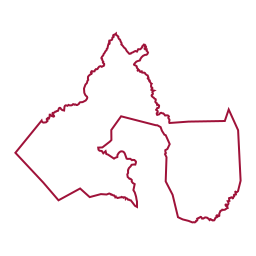 San Juan Cieneguilla, Oaxaca, Mexico
{"feature_id": "50627088B28176003338085", "entity_name": "San Juan Cieneguilla", "entity_type": "district", "adm_level": 2, "iso_a3": "MEX", "parent_name": "Mexico", "parent_adm1": "Oaxaca", "projection": "orthographic", "projection_center": [-98.27, 17.875], "detail": "fine", "context": "isolated", "style": "outline", "palette": "rose", "viewbox_px": 256, "rotation_deg": 0, "n_neighbors": 0, "source": "geoboundaries", "source_scale": "gbopen_adm2", "svg_char_len": 5837}
<svg xmlns="http://www.w3.org/2000/svg" viewBox="0 0 256 256"><path d="M137.0,206.9L137.0,201.6L136.5,199.4L136.1,196.8L134.8,192.5L133.4,190.1L134.7,184.1L132.8,183.0L131.7,181.5L131.8,180.0L130.5,178.8L129.5,178.8L128.7,177.9L127.7,177.0L127.3,174.4L128.1,172.9L128.0,170.1L128.4,169.7L128.5,168.9L129.0,168.0L130.6,166.4L131.6,164.8L133.5,164.5L135.3,164.6L135.9,162.7L135.9,161.5L134.4,160.0L132.7,159.9L132.0,160.2L130.3,158.8L127.3,158.9L126.6,158.6L124.7,153.3L123.5,151.8L121.9,151.3L120.5,151.5L119.5,152.2L118.7,153.0L117.5,154.9L117.3,157.1L115.4,157.7L114.0,158.6L108.0,154.6L106.3,154.0L105.6,151.2L103.3,153.3L101.8,151.0L99.5,150.7L98.5,149.7L98.2,147.6L102.4,147.4L110.0,141.5L111.4,140.0L111.3,130.0L121.1,116.3L155.7,125.2L157.4,125.3L160.6,127.1L161.9,130.7L164.4,134.7L165.7,135.2L169.7,144.1L167.4,149.0L165.3,150.2L165.4,152.1L165.9,153.0L165.0,154.1L166.5,157.2L165.7,181.4L172.6,194.8L178.0,217.2L182.7,219.4L188.6,220.9L192.4,222.4L193.9,222.2L194.8,222.4L195.9,221.6L196.1,220.9L196.6,220.9L197.3,220.2L197.5,219.6L197.1,218.8L197.3,218.6L197.6,218.6L198.5,217.9L199.3,217.8L200.5,216.9L201.0,217.0L201.1,217.3L201.7,217.7L202.1,218.6L203.5,218.5L204.0,218.0L204.6,217.8L205.1,217.4L206.8,217.6L207.3,217.8L207.6,218.3L208.4,218.5L209.5,220.0L210.4,219.1L210.7,219.2L210.7,219.7L212.5,220.1L212.6,220.4L214.0,220.4L214.4,220.1L215.5,217.8L217.1,217.1L217.7,216.6L217.5,216.1L216.5,216.3L216.4,215.9L216.7,215.4L217.4,215.3L218.1,215.8L219.1,216.0L219.3,215.8L219.3,213.5L219.9,212.3L220.3,211.1L220.6,210.8L221.7,210.5L222.2,209.7L223.5,209.9L224.9,209.7L227.0,208.2L227.6,208.1L227.3,206.2L227.0,206.4L226.3,206.2L225.7,205.6L225.5,204.8L225.7,204.5L226.2,204.5L226.6,205.4L227.2,205.6L228.3,204.1L228.5,203.1L228.3,202.3L227.7,201.2L229.4,200.9L229.0,198.2L229.3,198.0L230.5,197.9L230.9,197.5L231.4,197.3L231.9,197.4L232.6,198.3L233.0,198.2L233.3,197.2L234.2,196.3L234.3,195.9L233.9,195.3L233.9,195.0L234.2,194.7L235.9,194.4L235.3,191.8L235.4,191.7L236.4,192.3L236.7,192.3L238.0,191.2L240.6,180.7L238.1,130.2L228.7,109.5L224.8,121.0L188.6,121.6L169.5,123.0L169.2,122.2L169.3,120.7L169.5,120.0L169.3,119.4L168.5,118.4L168.3,117.7L168.9,116.4L168.0,115.5L167.0,115.3L165.3,115.5L164.9,115.4L164.5,114.6L163.3,113.4L162.5,113.4L161.2,112.8L160.4,113.0L159.2,114.3L157.2,114.9L156.9,114.5L156.7,113.3L157.8,112.0L157.4,110.7L156.3,110.1L156.2,109.6L156.7,109.3L157.1,108.2L157.4,108.0L158.5,107.9L159.0,106.8L159.1,105.7L159.0,105.4L158.2,104.7L157.2,105.1L157.0,104.7L156.9,103.3L156.0,102.8L155.3,101.8L155.8,99.9L155.6,99.2L154.3,98.5L153.8,97.7L153.0,97.3L151.8,96.2L151.6,95.3L151.9,94.8L152.5,94.6L152.8,94.0L152.9,93.2L152.3,92.3L152.5,91.4L154.0,90.6L151.4,89.9L151.5,89.1L152.3,88.4L152.4,88.1L152.3,87.8L151.1,86.8L151.1,84.8L151.6,83.8L151.2,83.7L150.4,82.4L149.6,81.5L149.4,81.2L149.8,80.8L149.7,80.4L148.9,80.0L148.6,78.8L147.9,78.7L147.7,78.4L147.8,78.1L148.4,77.5L147.7,75.5L147.2,75.3L145.5,74.1L145.1,73.2L144.4,72.7L142.2,72.6L141.7,71.3L141.4,71.4L140.5,71.9L140.3,71.9L139.8,71.5L139.3,70.2L138.9,70.2L137.7,70.6L137.6,70.4L138.0,69.5L138.0,69.0L136.8,67.7L136.8,66.8L136.7,66.3L135.9,65.7L134.2,64.9L134.0,64.4L134.5,63.6L136.4,61.6L138.2,60.9L139.8,60.5L140.2,59.8L140.2,59.3L141.5,57.3L143.1,55.8L145.0,54.9L146.3,54.8L146.9,54.5L147.5,53.8L148.0,52.6L147.2,51.2L146.7,50.9L146.7,49.3L145.3,49.4L144.6,48.8L144.6,48.5L145.9,47.5L146.1,47.0L146.0,46.7L145.0,46.4L145.3,45.3L145.0,45.0L144.5,45.6L143.8,44.7L142.2,46.4L142.3,47.1L140.6,49.0L140.1,49.3L138.2,49.2L137.0,51.6L135.4,51.0L134.5,51.4L132.8,52.4L131.7,52.8L131.2,53.0L130.8,53.6L129.3,53.8L126.8,51.1L125.4,48.6L124.1,47.6L122.6,45.6L121.4,44.5L121.7,44.0L121.5,43.6L121.4,42.7L120.6,41.5L120.3,40.3L119.9,39.5L119.3,39.3L118.5,38.1L118.2,37.2L118.3,36.6L117.0,35.4L116.4,35.2L115.9,34.4L115.9,33.6L114.5,34.7L113.5,34.9L113.3,35.2L113.2,35.6L113.5,35.8L113.7,36.7L113.5,37.1L112.9,37.2L112.4,37.6L112.2,39.3L111.9,39.8L110.5,40.4L109.3,40.6L109.1,41.3L109.6,42.0L109.7,42.5L109.6,43.7L109.4,43.9L108.7,43.5L108.1,45.2L107.4,48.5L106.8,48.8L106.5,50.2L105.4,51.3L104.4,53.2L103.7,53.9L103.2,55.4L102.1,56.6L101.4,57.9L101.5,58.6L102.1,58.9L102.4,60.5L103.3,61.8L102.9,62.5L103.4,63.3L104.1,63.7L104.2,64.9L103.9,65.2L103.7,65.9L102.2,66.4L101.8,66.8L100.9,66.3L100.3,66.2L99.1,66.7L98.2,67.8L97.5,69.0L96.7,69.3L96.0,69.1L95.0,70.1L94.5,71.3L92.4,71.5L91.9,71.1L91.3,71.5L91.1,72.3L91.0,72.5L91.6,73.0L91.7,73.5L91.4,74.0L90.5,74.3L89.0,75.5L88.1,76.6L87.9,78.2L88.2,79.9L87.6,80.5L86.8,83.2L85.5,84.5L84.0,88.5L84.3,92.8L85.2,94.8L85.8,95.6L87.0,96.7L87.3,97.6L87.0,98.7L85.7,100.5L82.6,102.1L80.0,102.3L79.3,103.0L78.8,104.0L77.2,105.0L76.3,105.0L75.7,104.5L75.0,104.4L74.3,104.7L73.6,104.2L73.2,104.2L72.8,104.3L72.1,105.1L71.1,105.4L69.4,105.3L68.5,104.9L67.5,105.8L65.9,105.3L65.4,105.5L65.0,105.8L64.5,106.7L64.1,110.5L62.3,110.1L60.9,108.9L60.4,108.0L59.9,107.8L59.3,108.0L58.9,108.4L58.2,110.4L57.9,110.9L56.9,111.0L56.0,111.6L55.3,111.6L54.4,112.6L52.7,112.9L52.5,113.2L52.5,113.7L54.0,115.8L54.1,116.2L53.7,116.6L53.3,116.4L52.8,116.4L51.7,116.0L50.3,114.7L49.7,114.7L49.6,115.2L49.8,116.0L49.1,118.2L48.9,118.5L48.4,117.8L48.1,117.8L46.8,118.9L46.8,119.5L47.2,119.5L47.5,121.0L46.5,121.9L46.0,122.3L45.3,122.4L43.5,122.6L42.7,122.3L41.8,121.4L41.6,120.6L15.4,152.8L43.3,182.6L58.5,200.3L80.1,188.5L89.7,197.1L100.9,194.1L106.6,194.5L109.2,193.5L110.3,193.9L110.6,194.3L110.8,194.2L111.3,194.3L111.7,194.8L112.4,194.8L113.0,195.3L113.7,195.5L114.0,195.4L114.7,196.3L115.4,196.4L115.3,196.6L115.4,197.4L116.0,197.3L116.6,197.4L117.6,198.0L120.6,197.3L121.1,197.4L121.7,196.9L122.5,197.3L123.0,197.3L123.5,197.7L124.1,197.2L125.3,197.5L125.6,198.0L125.7,198.7L126.1,198.2L126.7,198.3L127.3,198.7L128.2,199.8L128.9,199.6L130.1,200.3L130.8,200.3L135.0,205.8L137.0,206.9Z" fill="none" stroke="#9f1239" stroke-width="2"/></svg>